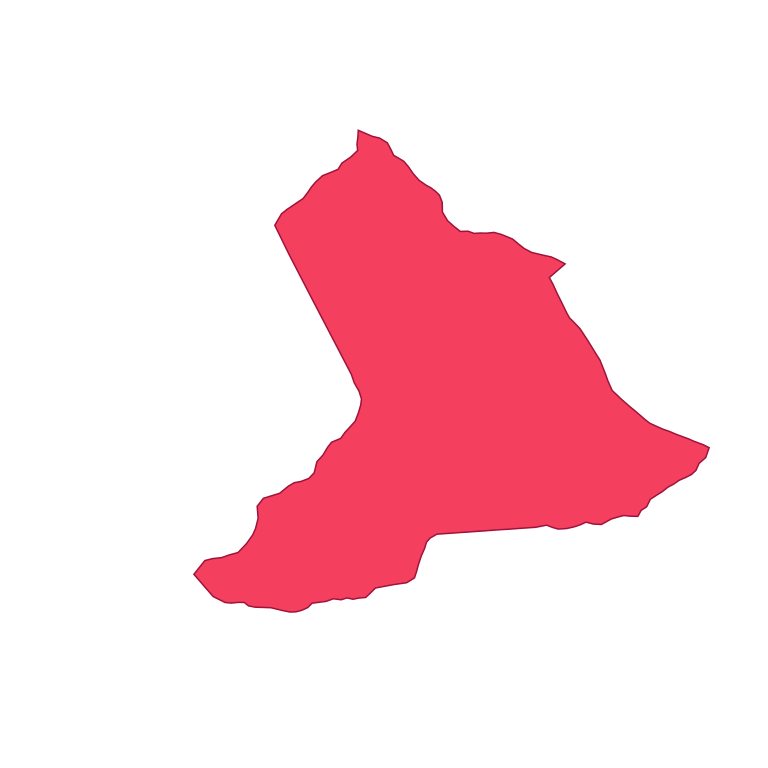 outline of Fátima, Tocantins, Brazil, rotated 62°
{"feature_id": "56859067B58627839244807", "entity_name": "Fátima", "entity_type": "district", "adm_level": 2, "iso_a3": "BRA", "parent_name": "Brazil", "parent_adm1": "Tocantins", "projection": "albers", "projection_center": [-48.87, -10.831], "detail": "fine", "context": "isolated", "style": "filled", "palette": "rose", "viewbox_px": 768, "rotation_deg": 62, "n_neighbors": 0, "source": "geoboundaries", "source_scale": "gbopen_adm2", "svg_char_len": 2378}
<svg xmlns="http://www.w3.org/2000/svg" viewBox="0 0 768 768"><g transform="rotate(62 384 384)"><path d="M581.7,317.4L585.0,306.7L589.7,302.6L593.8,298.4L597.3,290.8L599.4,283.2L600.5,276.7L600.8,270.5L605.8,265.1L610.1,258.0L609.9,246.7L611.4,239.3L612.7,234.0L616.0,229.1L620.1,222.0L616.3,216.3L615.7,209.7L610.8,202.9L610.1,194.9L609.7,188.7L608.4,182.1L608.4,175.6L607.6,168.7L608.2,161.0L608.2,154.8L606.7,149.1L602.0,143.1L600.0,134.5L592.9,126.8L587.4,130.7L580.1,137.2L575.6,140.7L571.6,144.3L565.5,149.7L559.7,154.4L555.0,158.8L550.3,162.5L543.5,167.7L537.9,170.2L527.8,174.1L517.8,178.2L509.0,181.5L496.8,185.6L486.0,184.8L479.5,183.8L472.5,183.0L464.3,182.1L456.4,182.7L442.1,183.6L433.0,184.4L427.0,185.0L418.4,187.4L412.6,189.2L407.3,189.3L396.2,188.9L385.2,188.6L375.4,188.0L367.6,188.0L363.0,167.7L356.1,172.3L350.3,176.7L346.5,181.2L342.1,186.3L337.1,191.9L330.2,196.6L323.4,199.6L316.4,202.4L311.4,206.5L306.8,210.4L301.8,215.7L298.9,222.8L295.9,228.1L293.3,233.8L288.6,238.0L285.1,245.0L277.3,248.4L269.6,251.2L259.7,251.7L250.9,247.3L243.3,246.4L238.0,248.1L232.8,250.5L228.1,253.6L220.6,257.4L211.9,259.5L203.9,260.4L196.8,261.9L191.7,264.9L186.7,268.1L180.0,267.8L172.7,267.8L164.8,272.4L160.0,277.9L154.8,282.1L147.9,287.6L153.0,290.7L159.8,295.4L165.4,297.6L168.0,306.8L169.2,317.5L172.9,323.8L172.0,333.3L171.2,340.4L173.5,349.3L175.9,355.4L179.1,361.5L182.3,368.5L182.9,374.6L184.3,387.5L185.6,394.6L192.6,405.9L224.8,407.0L275.2,407.6L359.9,408.3L369.0,409.7L378.5,409.4L386.6,410.9L391.6,414.4L397.4,420.1L403.3,426.9L405.9,434.0L408.4,441.2L411.7,447.7L410.8,457.7L413.4,463.5L418.1,471.3L421.1,479.7L429.6,487.3L432.1,494.8L431.1,502.8L429.0,509.6L429.3,516.5L431.5,527.4L428.3,544.1L432.4,553.4L443.5,558.2L451.2,565.2L455.5,570.6L460.4,580.4L464.3,592.0L462.3,600.7L461.1,608.7L457.6,617.6L455.8,625.0L458.2,630.7L462.8,641.2L491.5,634.6L502.3,626.9L505.7,621.8L508.4,615.2L511.3,609.9L516.3,607.8L520.6,602.5L523.8,596.9L528.5,588.8L536.5,579.8L541.1,574.2L543.8,568.8L545.2,562.9L545.6,556.3L543.8,550.4L548.7,537.3L549.9,529.5L554.4,523.1L555.5,517.1L559.5,512.4L561.3,506.4L563.9,500.4L562.2,494.2L560.1,487.3L565.6,469.8L570.1,457.3L569.5,448.1L565.2,443.6L559.5,438.3L553.1,431.5L548.1,425.2L543.6,420.7L541.7,415.6L541.4,407.9L567.7,348.7L571.2,341.1L575.0,332.4L581.7,317.4Z" fill="#f43f5e" stroke="#9f1239" stroke-width="1.5"/></g></svg>